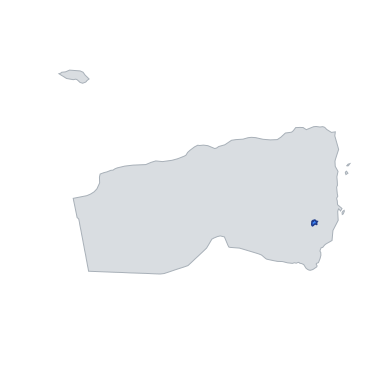 location of Al Maghrabah, Hajjah, Yemen, rotated 191°
{"feature_id": "15242507B35266123167790", "entity_name": "Al Maghrabah", "entity_type": "district", "adm_level": 2, "iso_a3": "YEM", "parent_name": "Yemen", "parent_adm1": "Hajjah", "projection": "robinson", "projection_center": [43.629, 15.902], "detail": "fine", "context": "in_parent", "style": "filled", "palette": "blue", "viewbox_px": 384, "rotation_deg": 191, "n_neighbors": 0, "source": "geoboundaries", "source_scale": "gbopen_adm2", "svg_char_len": 3848}
<svg xmlns="http://www.w3.org/2000/svg" viewBox="0 0 384 384"><g transform="rotate(191 192 192)"><path d="M307.4,163.1L294.6,168.3L291.2,170.6L288.2,173.4L285.9,177.0L284.4,183.3L285.7,189.0L285.6,192.1L282.3,194.1L279.2,195.6L275.8,197.8L273.7,198.4L272.0,200.1L270.0,201.4L262.9,204.6L255.1,207.1L242.6,210.1L237.8,213.3L233.5,215.6L226.8,216.2L217.7,219.3L212.6,221.8L206.3,225.8L204.9,227.1L203.8,230.1L201.9,232.6L198.1,236.8L195.3,239.0L193.4,239.1L189.7,240.2L185.3,240.5L177.9,239.0L176.1,240.0L174.5,241.7L168.8,244.6L163.1,250.3L158.9,251.8L152.0,253.6L147.3,256.0L144.1,257.0L139.9,257.5L132.3,257.3L125.0,258.1L118.3,259.7L115.2,262.8L111.6,267.7L105.7,269.7L104.3,271.4L102.5,275.0L98.7,275.9L95.3,276.5L91.7,275.0L85.1,279.3L82.6,280.0L78.8,280.2L76.1,281.1L74.1,280.8L71.7,279.1L66.5,277.1L62.8,278.4L62.5,274.3L56.2,261.8L57.5,250.9L57.5,249.4L56.3,244.5L52.6,240.1L52.7,234.5L51.5,230.4L50.5,226.3L50.8,225.2L50.9,224.2L49.0,217.8L48.4,216.5L48.1,215.2L48.7,214.2L48.7,213.0L47.7,211.0L46.7,207.3L41.6,204.4L42.6,201.7L43.6,202.6L44.9,203.4L45.2,201.7L45.2,200.4L43.1,192.1L46.3,181.1L45.3,171.1L50.0,167.1L51.2,165.9L51.9,164.9L53.1,162.6L54.6,161.9L55.1,159.5L55.1,158.3L54.1,157.3L53.4,154.5L53.6,151.0L53.9,149.5L54.4,146.8L56.0,145.8L56.4,145.0L55.1,143.3L55.3,142.3L58.1,139.4L59.2,138.6L61.0,137.7L62.5,137.7L64.1,138.2L65.6,139.0L67.0,140.5L68.5,142.1L70.9,142.7L72.5,142.6L73.7,143.3L74.8,142.9L76.1,142.0L78.0,142.1L79.8,141.1L84.9,140.7L89.8,141.0L94.9,140.2L99.9,140.2L105.1,140.3L106.2,140.4L107.3,140.9L111.7,143.4L114.9,144.0L121.5,144.7L128.6,145.4L134.7,146.0L139.8,145.4L144.1,144.9L145.3,145.0L146.6,146.6L149.2,150.5L151.6,154.1L155.9,154.3L158.7,153.0L161.7,151.0L163.5,149.5L165.6,143.5L167.0,139.7L170.1,135.3L172.7,131.7L176.2,126.9L178.1,124.2L181.9,119.0L185.5,116.9L192.6,113.0L199.4,109.1L203.9,106.6L207.7,105.4L214.1,104.4L221.7,103.3L229.2,102.1L237.2,100.8L246.2,99.5L252.3,98.5L260.1,97.3L266.6,96.3L272.4,95.4L278.4,94.5L279.5,97.4L280.7,100.3L281.8,103.2L283.0,106.1L284.1,109.1L285.3,112.0L286.5,114.9L287.6,117.8L288.8,120.7L289.9,123.6L291.1,126.6L292.3,129.5L293.4,132.4L294.6,135.3L295.8,138.2L296.9,141.2L298.1,144.0L299.9,145.0L301.0,147.7L302.6,151.5L304.2,155.4L305.8,159.2L307.4,163.1ZM326.0,280.2L327.6,280.6L330.0,279.6L336.8,279.5L345.2,282.7L343.6,283.6L342.7,284.7L339.1,285.8L335.4,288.3L324.9,289.5L321.8,288.8L319.3,286.4L314.6,283.3L316.4,281.3L316.8,280.3L317.5,279.5L320.1,277.9L322.8,278.2L326.0,280.2ZM44.9,241.3L44.5,241.9L44.1,241.7L42.5,240.2L44.2,238.5L45.2,240.1L44.9,241.3ZM39.9,202.3L39.1,203.0L38.8,201.9L39.4,199.3L40.2,198.6L40.8,200.5L40.4,201.5L39.9,202.3ZM44.1,249.1L42.4,250.0L43.5,247.6L44.7,247.2L45.1,247.3L44.1,249.1Z" fill="#d9dde1" stroke="#a8b0b8" stroke-width="1"/><path d="M63.3,184.2L63.3,184.3L63.4,184.5L63.5,184.6L63.7,184.8L63.8,184.9L63.8,185.0L63.9,185.3L64.0,185.5L63.6,186.1L63.6,186.6L63.5,186.8L63.4,187.0L63.9,187.0L63.9,186.9L64.0,186.9L64.3,186.8L64.5,186.8L64.8,187.0L65.0,187.2L65.0,187.3L65.2,187.5L65.3,187.5L65.5,187.7L65.7,187.8L65.8,187.8L66.0,187.9L66.4,187.8L66.5,187.8L66.7,187.7L66.8,187.7L67.0,187.5L67.0,187.4L67.1,187.2L67.2,186.9L67.3,186.7L67.5,186.5L67.6,186.4L67.8,186.4L68.0,186.2L68.2,186.3L68.1,186.5L68.3,186.5L68.2,186.5L68.3,186.6L68.4,186.4L68.5,186.1L68.6,185.9L68.6,185.7L68.6,185.4L68.5,185.0L68.5,184.9L68.4,184.7L68.3,184.4L68.4,184.2L68.4,183.9L68.4,183.7L68.4,183.4L68.3,183.2L68.2,183.1L68.2,182.9L68.2,182.7L68.0,182.4L67.9,182.4L67.8,182.2L67.7,182.2L67.5,181.9L67.4,181.8L67.2,182.0L66.9,182.2L66.7,182.2L66.6,182.3L66.5,182.5L66.4,182.6L66.3,182.8L66.2,182.9L66.1,183.2L66.0,183.3L65.9,183.4L65.9,183.5L65.7,183.8L65.2,184.0L64.9,184.1L64.7,184.2L64.4,184.1L64.2,184.2L63.9,184.0L63.8,183.9L63.7,183.9L63.6,184.0L63.4,184.0L63.3,184.2Z" fill="#3b82f6" stroke="#1e3a8a" stroke-width="1.5"/></g></svg>